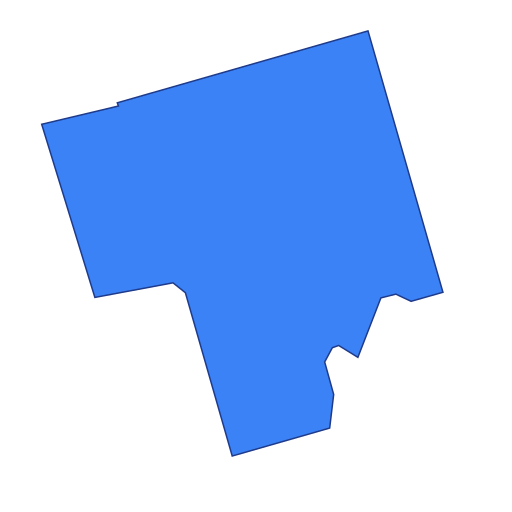 the district of 80, Ar Rayyān, Qatar, rotated 164°
{"feature_id": "91078587B61034229486760", "entity_name": "80", "entity_type": "district", "adm_level": 2, "iso_a3": "QAT", "parent_name": "Qatar", "parent_adm1": "Ar Rayyān", "projection": "natural_earth1", "projection_center": [51.221, 25.39], "detail": "fine", "context": "isolated", "style": "filled", "palette": "blue", "viewbox_px": 512, "rotation_deg": 164, "n_neighbors": 0, "source": "geoboundaries", "source_scale": "gbopen_adm2", "svg_char_len": 441}
<svg xmlns="http://www.w3.org/2000/svg" viewBox="0 0 512 512"><g transform="rotate(164 256 256)"><path d="M334.0,70.3L232.6,70.3L219.5,101.5L219.2,135.2L207.9,146.8L201.2,147.2L186.0,130.5L147.5,181.3L132.1,180.8L119.4,169.7L86.3,169.6L86.3,334.0L86.3,441.5L313.1,441.5L347.1,441.5L346.9,438.1L425.7,441.7L424.1,358.3L422.3,260.6L343.2,253.1L334.0,240.2L334.0,106.3L334.0,70.3Z" fill="#3b82f6" stroke="#1e3a8a" stroke-width="1.5"/></g></svg>